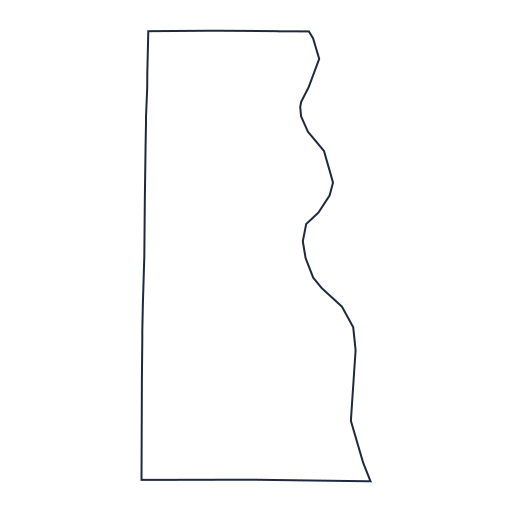 outline of Milwaukee, Wisconsin, United States of America
{"feature_id": "52423323B84290681505038", "entity_name": "Milwaukee", "entity_type": "district", "adm_level": 2, "iso_a3": "USA", "parent_name": "United States of America", "parent_adm1": "Wisconsin", "projection": "orthographic", "projection_center": [-87.947, 43.017], "detail": "fine", "context": "isolated", "style": "outline", "palette": "slate", "viewbox_px": 512, "rotation_deg": 0, "n_neighbors": 0, "source": "geoboundaries", "source_scale": "gbopen_adm2", "svg_char_len": 728}
<svg xmlns="http://www.w3.org/2000/svg" viewBox="0 0 512 512"><path d="M370.5,481.3L363.1,462.6L350.9,420.9L351.2,415.8L354.4,368.1L355.6,350.2L353.2,327.2L341.9,306.6L327.8,293.7L321.7,288.1L313.2,277.7L305.6,258.1L302.8,241.3L306.2,224.0L318.4,212.6L329.6,195.5L333.0,182.7L330.3,173.0L324.0,151.0L307.9,131.7L301.1,116.4L300.2,107.0L301.2,101.8L308.7,87.1L319.2,58.9L313.1,38.4L308.9,31.4L278.3,31.3L278.1,31.2L245.9,30.9L213.2,30.7L148.3,31.2L147.3,73.0L147.2,88.0L146.0,117.0L146.0,123.1L145.6,144.3L145.5,151.9L144.8,201.2L144.8,202.1L144.4,248.0L144.3,257.2L142.9,302.8L142.7,312.2L142.3,330.8L142.3,339.6L142.0,368.4L141.9,378.7L141.5,479.9L252.8,479.7L370.5,481.3Z" fill="none" stroke="#1e293b" stroke-width="2"/></svg>